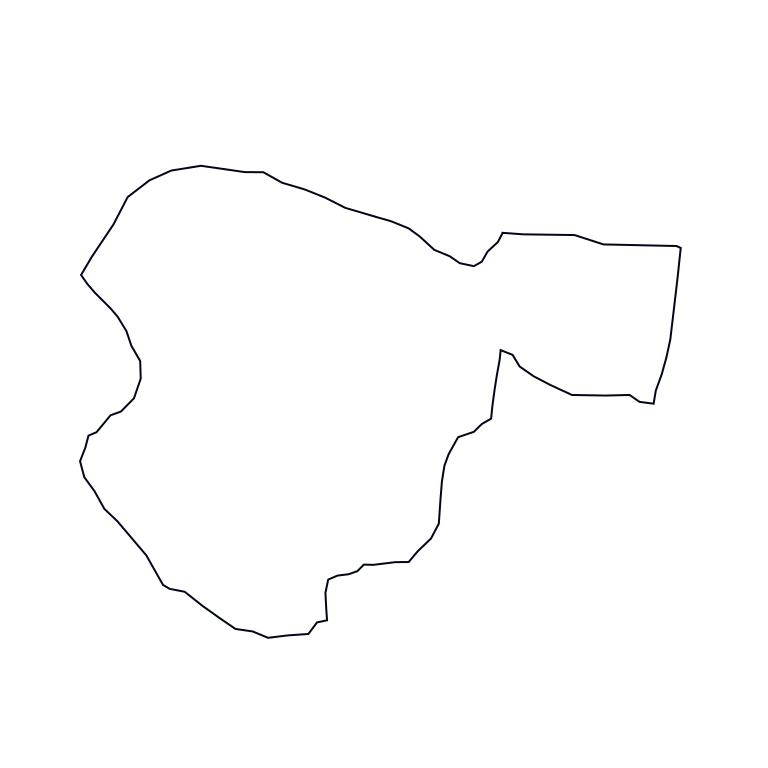 Järfälla, Stockholm, Sweden (Natural Earth projection), rotated 83°
{"feature_id": "70781695B58172703423372", "entity_name": "Järfälla", "entity_type": "district", "adm_level": 2, "iso_a3": "SWE", "parent_name": "Sweden", "parent_adm1": "Stockholm", "projection": "natural_earth1", "projection_center": [17.825, 59.445], "detail": "fine", "context": "isolated", "style": "outline", "palette": "ink", "viewbox_px": 768, "rotation_deg": 83, "n_neighbors": 0, "source": "geoboundaries", "source_scale": "gbopen_adm2", "svg_char_len": 1433}
<svg xmlns="http://www.w3.org/2000/svg" viewBox="0 0 768 768"><g transform="rotate(83 384 384)"><path d="M611.6,469.3L601.4,468.8L584.2,467.6L571.3,463.2L568.5,453.5L568.5,442.2L566.5,433.2L560.8,426.0L562.2,416.6L562.2,394.4L563.7,381.2L554.1,370.9L543.1,356.2L529.3,346.6L506.4,342.2L487.8,338.4L472.5,334.0L461.5,328.4L445.8,316.9L442.4,300.6L435.7,291.9L431.4,281.9L419.0,279.1L402.3,274.7L389.0,270.9L374.2,266.3L364.6,264.1L370.8,252.8L383.2,247.2L394.5,234.6L400.5,225.9L405.0,219.4L417.8,198.8L422.5,165.2L424.8,141.6L432.9,132.5L436.4,118.8L423.6,115.0L408.5,107.3L392.2,100.5L374.7,94.4L315.3,79.9L285.1,72.9L282.7,76.9L272.2,149.2L259.4,176.7L252.4,227.7L248.4,247.9L248.6,247.9L257.0,253.7L265.2,265.1L274.5,272.0L278.0,280.4L273.3,294.1L265.2,303.2L257.0,317.7L241.8,330.7L232.5,340.6L223.2,357.4L217.4,371.1L204.5,400.9L191.7,420.0L181.2,439.1L171.9,460.5L159.1,478.0L156.7,496.4L145.1,539.2L146.2,569.0L153.2,591.9L167.2,615.6L192.8,633.2L222.0,658.4L238.9,671.4L248.8,666.1L258.1,659.9L275.6,646.2L284.9,640.1L300.1,633.2L315.2,630.1L331.5,623.2L349.0,624.8L367.7,633.9L379.3,648.5L381.7,659.2L396.8,675.2L399.2,683.6L410.8,688.2L423.6,695.1L440.0,692.8L455.1,684.4L473.8,676.8L487.8,665.3L509.9,650.8L525.1,640.8L556.5,627.8L561.2,621.7L565.9,607.2L582.2,591.1L596.2,575.8L609.0,561.3L613.6,544.5L621.8,530.0L621.8,510.1L622.9,489.5L612.5,479.6L611.6,469.3Z" fill="none" stroke="#020617" stroke-width="2"/></g></svg>